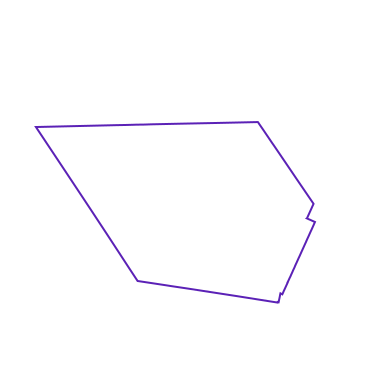 General López, Santa Fe, Argentina (Albers equal-area conic projection), rotated 57°
{"feature_id": "61730980B94012431772813", "entity_name": "General López", "entity_type": "district", "adm_level": 2, "iso_a3": "ARG", "parent_name": "Argentina", "parent_adm1": "Santa Fe", "projection": "albers", "projection_center": [-61.54, -33.891], "detail": "fine", "context": "isolated", "style": "outline", "palette": "violet", "viewbox_px": 384, "rotation_deg": 57, "n_neighbors": 0, "source": "geoboundaries", "source_scale": "gbopen_adm2", "svg_char_len": 1431}
<svg xmlns="http://www.w3.org/2000/svg" viewBox="0 0 384 384"><g transform="rotate(57 192 192)"><path d="M221.4,286.2L237.0,286.1L247.9,273.8L256.7,263.9L259.5,260.8L270.8,248.0L298.3,217.2L303.2,211.7L331.2,180.6L331.4,180.4L331.2,180.1L330.9,179.9L331.2,179.5L331.5,179.3L328.8,176.6L328.7,176.5L327.8,175.6L325.8,173.7L325.4,173.3L325.3,173.1L325.2,173.0L326.8,172.1L327.0,172.0L326.1,170.5L325.3,169.4L323.5,166.5L320.0,161.0L319.9,161.0L319.9,160.9L319.6,160.6L316.9,156.3L316.7,155.9L316.4,155.4L315.7,154.4L314.5,152.5L313.4,150.8L312.7,149.8L312.6,149.6L311.5,147.8L310.6,146.4L310.4,146.2L309.6,145.0L309.6,144.9L308.9,143.9L308.5,143.2L307.4,141.5L306.7,140.4L305.6,138.7L305.4,138.4L304.5,136.9L304.3,136.6L300.3,130.4L300.1,130.1L300.0,129.9L296.6,124.6L296.0,123.6L295.5,123.0L295.4,122.8L295.4,122.7L294.5,121.4L292.5,118.2L289.9,114.2L288.9,112.6L286.6,109.0L286.5,108.9L285.9,107.9L285.4,107.2L285.1,106.7L284.1,105.2L281.2,107.1L279.9,107.9L278.6,108.8L276.7,110.0L276.7,109.9L275.8,108.5L271.2,101.3L269.2,98.2L268.4,96.9L268.1,96.5L267.8,96.5L262.9,96.6L236.8,97.2L236.5,97.2L225.8,97.4L197.2,98.0L194.6,98.1L184.1,98.3L178.6,98.4L171.7,98.6L169.4,98.6L169.2,98.7L147.8,133.3L128.6,164.2L113.0,189.4L109.7,194.9L105.1,202.2L103.9,204.2L99.5,211.4L95.0,218.6L52.5,287.5L107.7,286.9L149.6,286.5L149.8,286.5L181.9,286.3L220.6,286.2L221.2,286.2L221.4,286.2Z" fill="none" stroke="#5b21b6" stroke-width="2"/></g></svg>